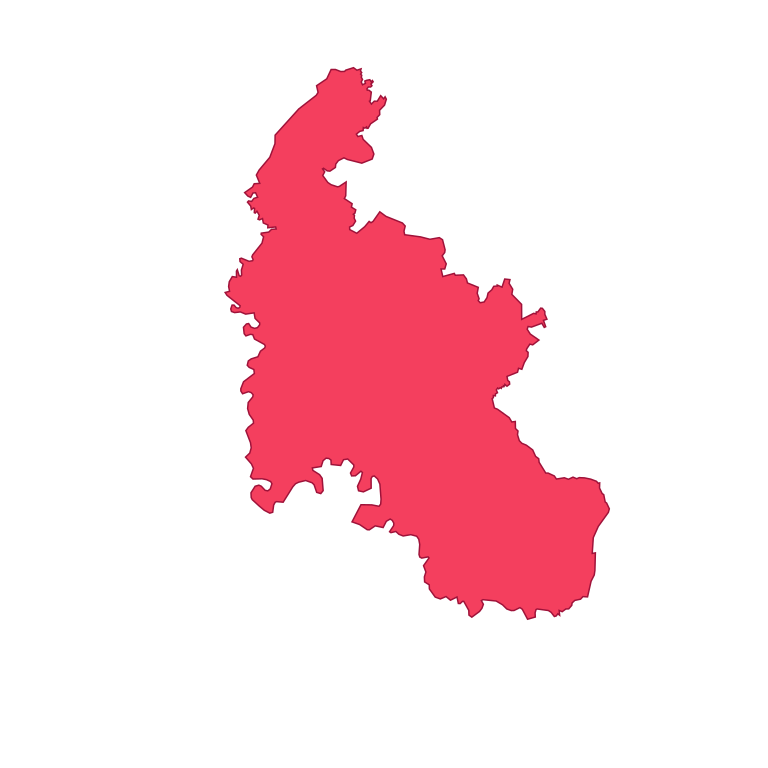 the district of Nong Cong, Thanh Hóa, Vietnam, rotated 146°
{"feature_id": "81297802B57234015442712", "entity_name": "Nong Cong", "entity_type": "district", "adm_level": 2, "iso_a3": "VNM", "parent_name": "Vietnam", "parent_adm1": "Thanh Hóa", "projection": "orthographic", "projection_center": [105.661, 19.616], "detail": "fine", "context": "isolated", "style": "filled", "palette": "rose", "viewbox_px": 768, "rotation_deg": 146, "n_neighbors": 0, "source": "geoboundaries", "source_scale": "gbopen_adm2", "svg_char_len": 6145}
<svg xmlns="http://www.w3.org/2000/svg" viewBox="0 0 768 768"><g transform="rotate(146 384 384)"><path d="M395.3,119.9L396.5,108.7L388.9,106.2L386.7,109.8L384.1,112.0L382.8,111.8L374.4,104.3L373.1,101.2L372.8,96.0L370.9,95.4L368.4,96.3L367.7,94.1L365.4,98.3L363.6,95.6L359.1,95.8L356.6,94.3L352.1,95.5L350.5,97.3L346.8,97.9L341.4,95.7L338.0,96.5L334.3,93.7L322.6,104.7L316.5,108.1L313.4,111.5L303.2,125.8L306.1,127.1L296.4,139.6L286.0,146.1L269.8,152.1L267.0,154.5L266.0,160.8L266.6,162.5L263.7,169.4L264.4,171.2L263.5,177.2L260.5,181.4L261.9,181.9L262.3,184.6L265.8,189.5L270.2,194.0L274.5,197.2L277.2,197.7L279.4,201.1L284.4,201.9L286.9,205.4L294.2,208.8L294.2,212.5L297.7,218.3L299.7,219.7L299.2,232.3L297.5,235.6L298.8,239.2L297.6,246.2L300.2,253.7L302.9,257.8L303.5,261.3L301.7,267.3L299.2,270.1L299.9,273.6L296.1,279.5L299.3,281.1L299.0,286.0L304.0,299.6L305.9,302.4L302.5,311.4L301.0,311.5L299.8,313.3L298.3,311.9L297.1,313.5L294.8,313.3L294.2,316.3L292.0,317.1L291.6,315.8L289.8,316.0L289.2,314.8L288.1,315.7L286.2,314.8L285.8,315.8L285.1,315.1L284.0,316.1L283.3,313.4L279.9,313.6L278.8,315.7L279.4,317.8L277.8,321.5L266.7,319.1L263.7,321.8L261.5,319.1L255.7,323.3L249.3,326.3L246.8,329.7L247.4,332.0L246.1,333.3L240.8,335.5L238.8,333.3L231.0,333.8L234.8,343.6L234.7,349.3L232.4,351.1L229.9,348.7L219.2,346.1L219.5,341.3L217.9,341.1L216.2,347.6L212.7,346.6L211.7,351.8L210.1,354.2L210.4,358.2L211.7,359.3L216.1,357.7L217.5,358.6L218.7,357.1L220.4,358.9L233.7,360.6L225.4,373.1L227.9,386.8L224.3,390.6L224.0,397.5L221.2,400.1L221.9,400.7L225.2,403.5L232.0,398.3L234.8,402.7L235.3,401.9L238.4,403.6L242.0,401.8L246.9,401.2L250.3,398.0L255.1,396.0L258.8,397.6L259.3,400.4L257.5,401.5L256.0,407.1L251.8,411.4L258.3,421.1L256.9,425.1L257.1,430.0L264.1,434.3L263.9,436.4L275.2,440.2L272.4,447.4L269.3,445.4L265.2,448.8L264.1,457.7L260.1,459.1L258.3,461.1L254.8,470.9L256.3,474.4L265.0,478.3L271.4,485.5L283.4,496.2L282.0,499.5L278.1,503.1L278.7,507.2L288.6,521.8L291.2,529.1L302.2,524.9L304.6,525.0L305.4,527.1L312.0,525.2L322.3,524.2L326.1,531.2L324.7,533.4L321.2,532.8L316.5,534.9L316.0,538.2L314.2,540.3L314.5,541.9L312.6,541.9L310.0,544.2L312.1,548.8L309.6,551.3L313.2,559.9L310.5,561.4L302.4,572.7L310.7,572.8L312.3,573.5L316.4,578.8L317.9,582.5L318.2,591.1L314.5,593.1L314.7,596.7L313.5,596.7L311.9,592.5L309.8,590.7L303.2,590.7L301.0,593.3L296.9,594.7L290.7,593.9L288.9,590.7L278.9,579.5L268.0,577.1L263.8,580.3L262.1,587.2L264.5,598.5L263.4,602.4L267.3,603.8L267.2,606.6L262.8,607.0L259.6,605.8L257.7,608.2L256.8,606.8L254.7,606.9L255.2,605.5L254.2,604.9L249.6,607.2L241.3,607.3L240.7,608.9L236.9,609.7L234.6,613.4L227.6,614.9L222.8,618.8L222.5,621.5L224.8,620.6L225.5,624.9L231.4,622.2L233.9,623.9L237.9,623.1L237.9,626.6L237.0,626.5L231.3,633.1L232.2,636.0L233.6,637.0L233.0,638.3L230.9,639.0L229.0,637.7L227.2,638.0L227.1,640.0L224.0,640.6L223.9,642.1L225.6,641.8L225.6,644.2L228.6,645.5L230.5,645.9L231.3,643.6L234.5,644.1L234.0,647.1L231.5,648.5L231.3,651.0L229.8,652.4L230.1,654.0L228.3,654.7L228.5,656.6L226.8,658.1L231.0,659.3L232.4,663.3L240.2,665.6L241.9,665.2L245.1,667.2L248.4,671.9L252.0,674.3L260.8,669.0L273.1,669.0L275.6,662.6L278.8,661.2L300.8,659.7L335.1,651.2L340.0,644.2L351.9,635.8L367.9,631.2L373.0,628.6L374.8,619.8L379.6,622.6L382.9,620.8L392.5,620.6L391.8,615.9L390.2,613.3L385.9,615.6L383.5,614.4L384.3,609.5L388.1,610.6L391.6,609.4L393.9,611.5L395.5,611.1L395.0,606.1L396.4,602.8L393.8,602.9L393.1,602.0L395.7,598.6L395.2,597.7L392.7,598.3L393.1,593.6L396.3,591.1L395.4,589.7L392.2,589.1L394.0,585.0L391.3,580.7L393.0,578.5L386.0,574.8L386.7,572.8L390.8,575.1L394.6,574.4L401.4,577.7L402.2,576.8L401.5,573.4L406.4,569.0L420.7,564.5L422.4,563.3L422.9,560.4L424.0,559.7L427.3,561.2L431.9,568.1L433.5,568.5L434.9,566.0L433.8,562.0L438.5,558.2L441.1,553.9L442.7,553.5L443.5,554.8L441.7,560.8L443.2,560.1L446.6,555.0L449.7,557.9L455.1,555.3L458.3,551.7L460.2,547.2L464.5,548.7L464.6,545.3L459.5,529.3L460.7,528.2L462.6,528.3L463.9,530.2L464.2,533.3L465.8,534.4L469.1,531.9L469.9,529.4L467.9,526.7L462.8,524.1L459.6,519.3L451.9,515.6L454.2,510.5L452.9,504.1L454.0,502.6L457.4,501.5L460.2,502.5L462.4,505.5L462.4,509.8L464.5,510.7L468.8,509.6L471.8,503.9L471.6,501.1L467.0,499.9L465.2,498.3L466.2,493.7L461.0,483.6L461.2,481.8L462.7,480.6L468.1,480.3L473.3,477.1L480.1,479.1L483.6,479.0L486.9,476.0L486.5,473.2L483.8,468.8L485.6,465.2L499.2,464.4L505.4,460.1L506.6,458.2L506.7,455.0L500.6,453.4L498.9,451.1L498.5,448.3L500.0,446.7L506.9,444.6L510.8,439.9L512.7,434.2L512.6,427.2L514.1,424.5L520.7,424.0L524.6,422.6L527.5,410.0L529.8,405.3L533.9,401.8L539.7,400.8L538.6,391.9L539.4,387.1L546.5,381.8L545.8,378.5L538.1,373.6L534.9,370.4L532.5,366.5L532.7,364.0L537.0,360.6L540.1,360.4L542.0,362.3L542.9,367.9L544.3,370.1L548.0,371.3L555.1,368.2L557.6,364.1L557.9,361.8L555.8,353.0L553.9,346.3L550.9,340.8L548.0,339.9L543.2,345.3L540.4,346.8L538.9,346.6L533.7,342.4L517.0,349.8L513.1,350.8L509.7,350.3L502.9,347.8L498.9,342.4L498.3,339.6L500.4,331.8L497.7,328.5L494.1,329.6L488.0,340.4L488.1,344.9L491.3,352.2L490.3,354.5L482.2,350.7L477.4,354.5L473.5,354.9L471.3,353.0L470.5,350.6L472.8,346.8L465.5,340.7L459.9,343.9L456.0,342.1L454.3,333.8L455.4,332.1L461.6,328.9L462.2,325.9L459.0,323.9L451.9,324.6L451.4,322.7L456.5,318.1L463.2,314.0L464.8,309.7L461.4,306.1L452.9,304.8L447.6,312.8L445.4,313.9L443.5,313.2L442.4,308.9L443.4,303.3L450.9,290.1L453.9,286.3L456.5,285.4L461.7,290.6L470.6,296.8L487.6,287.6L482.8,281.1L479.4,272.6L477.7,271.3L470.6,271.3L465.0,265.5L458.8,268.9L454.4,268.6L453.4,266.3L453.7,263.1L455.2,261.2L462.0,258.4L461.4,256.9L456.6,255.1L455.7,251.1L453.1,247.3L446.0,244.1L442.0,239.5L442.0,235.8L444.1,231.0L450.3,223.1L451.1,220.5L450.1,218.6L444.1,216.0L444.0,214.6L452.8,211.3L454.4,204.7L458.4,201.5L461.0,197.2L458.8,192.2L461.0,188.7L460.7,178.7L457.5,174.3L451.4,173.1L449.8,167.6L442.6,166.6L445.1,160.5L443.7,159.4L440.4,159.9L439.4,159.2L440.3,148.9L442.8,144.9L441.6,141.6L432.0,142.0L428.2,143.3L424.8,145.8L424.4,150.0L422.6,149.9L412.4,141.4L409.2,134.7L408.0,128.8L405.2,125.0L402.8,123.5L396.3,122.6L395.3,119.9Z" fill="#f43f5e" stroke="#9f1239" stroke-width="1.5"/></g></svg>